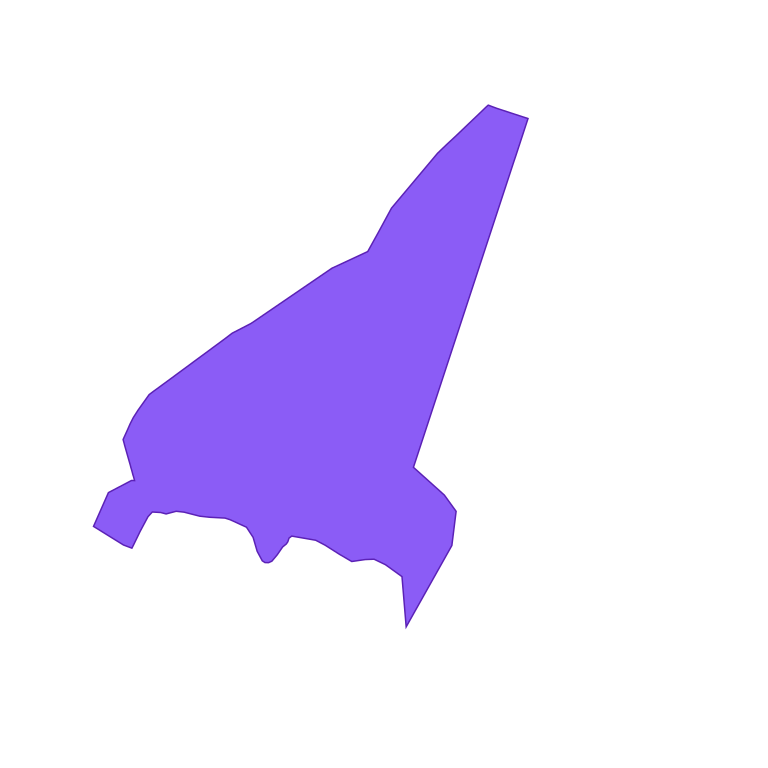 outline of Shattaya, Central Darfur, Sudan, rotated 40°
{"feature_id": "16777658B37888835972570", "entity_name": "Shattaya", "entity_type": "district", "adm_level": 2, "iso_a3": "SDN", "parent_name": "Sudan", "parent_adm1": "Central Darfur", "projection": "orthographic", "projection_center": [23.815, 12.332], "detail": "fine", "context": "isolated", "style": "filled", "palette": "violet", "viewbox_px": 768, "rotation_deg": 40, "n_neighbors": 0, "source": "geoboundaries", "source_scale": "gbopen_adm2", "svg_char_len": 1524}
<svg xmlns="http://www.w3.org/2000/svg" viewBox="0 0 768 768"><g transform="rotate(40 384 384)"><path d="M323.7,88.1L293.3,100.3L287.7,102.3L285.3,103.1L284.8,103.3L284.6,103.4L284.5,104.2L284.4,104.7L284.3,105.4L284.1,107.0L283.9,108.9L283.3,114.5L281.5,130.8L279.5,148.8L278.1,160.0L277.1,169.0L277.0,170.4L276.7,172.8L276.7,175.8L276.7,205.8L276.7,232.1L276.7,235.8L276.7,236.3L276.7,239.8L276.7,244.5L282.2,271.4L286.4,293.0L269.7,328.7L245.6,414.7L245.6,414.8L243.2,423.1L243.0,423.6L235.1,442.5L234.9,443.3L232.7,453.0L223.7,490.2L215.2,525.3L212.2,537.4L210.9,543.0L212.4,562.1L213.3,569.0L213.5,570.5L213.6,571.1L215.1,577.6L216.8,583.4L218.7,590.2L219.1,591.7L219.2,592.0L219.5,593.1L219.8,594.1L219.9,594.3L223.1,596.5L224.6,597.6L236.4,605.6L241.9,609.3L244.1,610.9L244.6,611.2L245.8,612.0L247.7,613.3L249.1,614.3L249.5,614.6L250.4,615.2L251.4,615.8L255.0,618.3L252.6,620.2L247.3,633.1L242.7,644.3L253.0,679.8L255.7,679.4L287.9,674.8L296.4,671.8L295.7,668.7L292.7,656.7L292.0,654.0L288.5,637.3L288.8,631.0L295.5,626.0L300.6,623.6L306.6,615.1L313.2,610.7L327.8,603.7L336.3,598.0L348.4,588.9L353.3,586.9L370.7,582.1L382.3,585.6L394.4,593.7L404.4,597.7L407.6,597.3L410.4,595.1L412.0,591.8L412.0,583.5L411.1,574.0L412.0,569.3L411.7,566.6L410.3,563.1L411.1,559.8L432.1,547.6L442.6,545.3L459.3,543.1L473.4,540.7L482.5,530.5L489.0,524.6L501.2,521.5L521.6,520.0L557.1,555.8L539.8,464.1L521.1,435.2L501.6,430.3L460.1,428.9L340.8,130.9L337.9,123.5L323.7,88.1Z" fill="#8b5cf6" stroke="#5b21b6" stroke-width="1.5"/></g></svg>